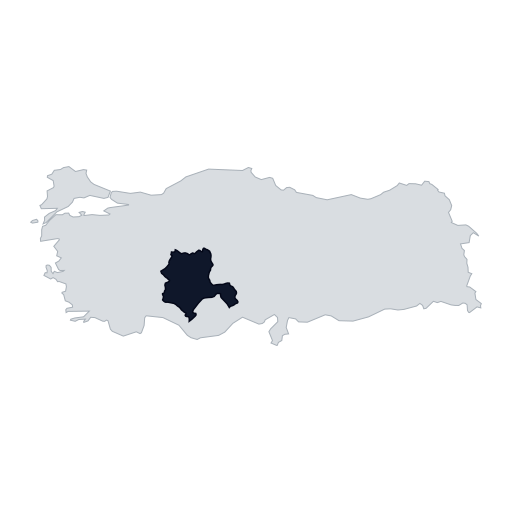 where Konya sits in Turkey
{"feature_id": "TUR-3011", "entity_name": "Konya", "entity_type": "Province", "adm_level": 1, "iso_a3": "TUR", "parent_name": "Turkey", "parent_adm1": "", "projection": "robinson", "projection_center": [32.808, 37.948], "detail": "fine", "context": "in_parent", "style": "filled", "palette": "ink", "viewbox_px": 512, "rotation_deg": 0, "n_neighbors": 0, "source": "natural_earth", "source_scale": "10m", "svg_char_len": 5928}
<svg xmlns="http://www.w3.org/2000/svg" viewBox="0 0 512 512"><path d="M399.3,183.0L406.7,185.4L409.0,183.6L415.6,183.8L421.6,185.2L424.7,181.2L428.9,181.6L429.8,183.7L431.8,184.4L438.1,189.5L437.5,190.1L439.0,192.0L444.4,193.2L445.0,195.8L449.3,199.7L451.7,205.6L450.7,209.7L448.5,212.4L452.2,221.3L451.3,222.5L457.8,225.4L465.9,224.9L468.6,226.2L476.7,233.3L478.8,236.1L473.3,232.7L470.3,235.6L469.1,242.6L460.5,243.9L462.0,248.4L464.4,250.5L463.8,254.8L464.5,256.6L467.0,259.4L466.8,263.3L468.0,267.3L468.2,272.3L471.8,273.7L470.3,276.0L466.7,285.9L467.0,286.7L469.7,287.0L475.9,291.6L474.9,293.1L475.9,299.5L481.3,303.6L480.5,305.7L480.8,307.9L477.0,306.9L469.5,312.6L468.7,312.4L467.5,310.5L467.1,304.8L465.2,303.3L462.8,303.0L458.7,305.5L454.9,305.4L451.1,304.9L440.9,301.4L437.3,302.6L433.4,301.3L426.1,308.3L423.8,308.8L422.6,305.4L419.9,303.4L416.6,306.0L403.9,309.4L397.9,310.0L390.6,308.8L384.7,309.1L368.5,316.9L353.0,321.1L339.0,320.7L331.2,315.9L325.2,314.8L307.4,322.2L298.6,321.9L295.6,318.9L288.9,317.6L287.5,320.5L286.2,327.5L288.6,333.9L284.8,334.3L282.4,335.7L281.8,340.5L278.4,342.4L277.3,345.3L276.6,345.4L271.0,343.0L272.5,340.6L268.9,331.7L270.6,328.9L277.8,321.7L277.5,317.5L274.4,314.5L265.2,319.8L264.4,321.9L262.3,323.5L258.9,324.1L242.5,317.2L232.9,323.3L224.8,332.1L218.6,335.4L200.4,337.8L197.2,339.5L191.0,337.7L187.3,335.3L178.9,325.2L163.0,317.6L146.2,315.8L144.7,317.7L144.1,325.5L141.4,332.8L140.0,333.6L136.3,331.8L123.3,336.1L112.3,331.3L110.4,329.2L108.0,320.7L106.4,320.1L104.7,321.3L102.8,321.2L94.9,317.6L90.7,317.3L88.0,320.9L83.8,322.4L83.7,321.4L85.4,319.1L78.8,319.5L75.2,321.3L70.4,320.2L70.8,319.2L74.7,318.0L83.6,316.8L89.3,311.1L68.1,311.4L66.1,312.6L65.8,309.7L67.0,308.3L72.6,307.2L72.3,304.8L69.0,302.2L65.3,300.8L63.7,294.7L61.9,293.1L62.1,292.3L65.6,291.2L66.4,286.7L65.9,283.9L59.2,281.5L57.6,281.7L56.0,279.3L53.1,277.6L50.7,279.0L43.9,275.4L45.2,272.7L47.0,272.8L47.3,270.7L46.0,267.2L46.2,265.4L47.7,265.0L49.4,265.3L51.1,267.4L51.2,271.3L53.0,273.7L54.3,271.3L57.4,272.6L63.1,271.4L64.2,270.4L60.1,270.5L58.6,269.5L55.4,263.0L58.8,261.1L61.3,257.9L56.7,255.8L57.7,251.4L53.8,246.3L59.3,239.9L59.1,238.9L57.4,238.6L40.6,241.3L40.4,238.4L41.7,235.9L41.7,229.7L42.6,226.3L45.7,225.3L49.6,220.4L55.9,214.7L62.3,214.8L64.9,213.2L68.7,213.1L69.8,215.4L73.1,217.0L79.0,216.7L81.8,215.2L79.1,212.4L82.5,211.5L85.2,212.2L83.7,215.2L84.5,215.5L92.1,214.6L100.0,215.4L108.8,215.0L110.0,214.0L103.8,210.9L107.8,208.1L110.1,207.6L128.5,205.1L128.6,204.5L117.4,203.1L111.6,199.4L110.0,197.4L111.3,192.6L112.5,191.4L116.6,191.2L130.4,193.4L140.3,192.1L151.1,195.2L161.4,194.6L163.6,193.2L166.2,188.6L180.8,180.9L185.9,176.9L208.6,169.1L242.5,170.5L248.4,167.5L251.8,168.5L250.9,170.5L251.1,172.3L255.2,177.0L261.3,179.6L269.6,177.4L272.7,178.3L275.7,185.5L281.1,189.9L283.5,190.2L286.6,187.6L289.7,187.3L294.7,189.8L296.4,192.4L312.8,195.4L316.2,197.6L327.2,199.8L351.3,194.6L360.3,198.1L367.8,199.3L371.0,198.7L380.7,194.6L383.6,192.2L389.7,190.2L397.2,185.6L399.3,183.0ZM86.7,170.1L86.0,173.4L87.3,176.9L90.7,181.9L94.0,184.4L110.4,191.1L108.0,197.4L103.9,198.4L89.8,195.4L84.0,197.9L79.9,197.3L74.1,198.4L72.4,202.2L68.2,206.5L56.8,211.9L46.2,222.5L43.1,223.9L44.6,220.3L44.5,217.1L49.2,213.4L55.6,210.6L57.3,208.3L41.3,208.7L39.9,205.4L41.5,204.8L46.9,198.9L47.5,196.6L47.1,190.9L53.5,187.6L54.1,186.2L53.2,180.6L47.3,177.3L47.5,175.7L51.8,174.2L54.3,170.3L60.5,169.5L63.5,167.6L68.9,166.6L75.5,171.5L83.5,169.6L86.7,170.1ZM37.8,222.2L32.4,223.1L30.7,222.2L32.5,220.5L36.6,219.3L38.0,221.0L37.8,222.2Z" fill="#d9dde1" stroke="#a8b0b8" stroke-width="1"/><path d="M204.5,248.3L205.5,249.0L205.9,249.3L207.3,249.7L209.6,251.2L210.8,254.0L211.0,255.6L210.9,257.1L210.6,258.8L210.7,260.4L211.2,261.6L211.8,262.7L212.5,263.7L213.0,264.9L212.6,265.7L211.2,267.1L210.7,268.1L210.4,270.4L209.5,271.6L209.0,273.1L208.8,274.1L208.5,275.1L208.3,277.5L209.2,279.7L209.5,279.9L209.7,280.2L209.9,281.4L210.3,282.5L211.9,284.3L212.8,285.2L213.9,285.3L216.7,284.7L220.3,284.4L222.2,284.5L224.1,284.1L225.9,283.4L227.7,283.0L229.4,283.2L229.7,284.7L230.5,285.9L231.7,286.3L232.8,286.9L233.7,288.1L234.5,289.5L235.4,290.4L236.2,291.4L236.5,293.0L235.9,294.5L235.4,295.1L235.0,295.9L234.9,297.2L234.9,298.0L235.8,299.2L236.4,299.7L237.3,300.6L237.9,301.9L237.6,302.8L237.2,303.1L235.9,303.5L235.2,303.9L234.1,304.8L232.8,305.5L230.7,306.2L230.1,306.6L229.3,307.5L228.7,306.4L227.1,303.8L225.7,302.3L223.8,300.3L221.1,297.5L220.6,295.7L220.6,295.2L220.5,293.8L219.5,293.5L217.2,293.4L216.1,294.1L215.4,294.9L214.2,296.4L211.8,297.3L208.2,297.5L204.6,297.9L202.4,298.8L201.2,300.1L198.4,303.1L195.5,306.9L193.3,309.7L192.7,311.6L192.8,312.6L194.3,313.3L195.7,313.4L196.0,314.1L196.0,315.0L195.2,316.1L191.8,319.3L189.2,321.3L189.3,319.3L189.0,317.4L188.5,316.7L187.7,316.6L186.6,316.5L185.6,316.1L185.2,315.3L185.5,314.5L186.1,314.0L186.0,313.1L185.3,312.7L184.4,312.3L182.8,310.9L182.1,310.4L181.4,309.8L180.4,308.3L179.2,307.1L177.5,306.0L176.0,304.6L174.0,303.4L168.0,302.2L165.6,302.2L164.6,301.8L163.7,301.1L163.1,300.5L162.6,299.9L163.2,298.3L163.5,296.5L163.1,295.5L162.6,294.7L162.6,293.6L163.6,293.4L164.4,292.4L164.5,291.1L165.5,289.6L165.4,287.3L164.9,285.1L165.4,283.2L166.2,282.8L167.8,282.2L169.4,281.2L169.5,280.3L167.8,278.9L167.3,278.1L166.5,277.8L164.9,276.5L163.4,274.7L161.6,273.3L160.9,271.2L165.1,268.6L166.9,266.8L169.0,264.2L169.1,263.6L169.0,263.0L168.9,262.4L169.3,260.9L170.0,259.6L171.8,256.8L172.1,255.6L171.6,255.4L170.9,254.7L171.0,254.3L171.2,253.9L171.5,252.0L172.9,252.2L174.7,251.9L175.0,251.4L175.2,250.6L175.3,249.8L176.3,250.2L177.3,250.8L180.7,253.4L181.5,253.7L184.0,253.0L185.2,252.9L187.2,253.5L187.9,253.9L188.8,254.7L189.8,254.8L191.2,253.7L192.7,253.0L194.4,253.7L195.5,253.1L196.4,252.0L198.8,250.2L199.9,250.5L201.2,251.5L202.2,251.7L202.6,251.1L202.8,249.7L203.1,248.9L203.5,248.3L204.5,248.3Z" fill="#0f172a" stroke="#020617" stroke-width="1.5"/></svg>